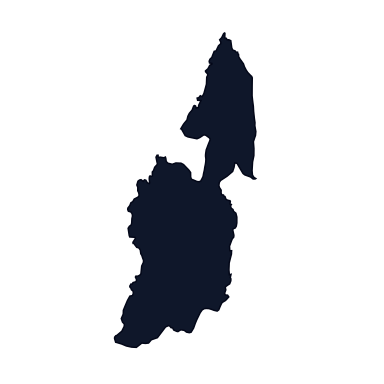 Lupatapata, Kasaï-Oriental, Democratic Republic of the Congo (Equal Earth projection), rotated 188°
{"feature_id": "63176286B66669834222633", "entity_name": "Lupatapata", "entity_type": "district", "adm_level": 2, "iso_a3": "COD", "parent_name": "Democratic Republic of the Congo", "parent_adm1": "Kasaï-Oriental", "projection": "equal_earth", "projection_center": [23.576, -6.023], "detail": "fine", "context": "isolated", "style": "filled", "palette": "ink", "viewbox_px": 384, "rotation_deg": 188, "n_neighbors": 0, "source": "geoboundaries", "source_scale": "gbopen_adm2", "svg_char_len": 4625}
<svg xmlns="http://www.w3.org/2000/svg" viewBox="0 0 384 384"><g transform="rotate(188 192 192)"><path d="M141.0,93.2L142.4,94.8L144.7,94.6L145.6,96.3L144.9,99.8L145.8,102.2L145.2,103.3L143.4,105.0L141.9,106.3L141.2,109.4L141.4,111.4L142.2,112.6L141.9,115.9L143.5,115.2L144.6,120.0L145.3,126.9L144.3,136.1L144.5,137.8L144.6,139.4L146.4,139.2L147.3,143.6L146.2,148.7L145.7,150.9L144.8,152.5L144.4,153.1L144.5,155.0L146.3,159.9L146.2,161.2L144.2,162.4L143.4,164.3L143.3,167.6L144.1,173.4L145.6,177.1L148.1,178.6L149.0,180.4L150.9,181.4L151.9,183.5L151.3,185.1L152.8,185.5L152.7,187.9L153.2,188.7L153.5,188.7L154.0,188.7L155.8,188.9L157.4,189.6L158.7,192.1L159.7,192.3L160.4,193.4L162.2,193.4L163.1,195.3L163.4,197.9L165.5,200.3L166.3,202.2L166.3,205.3L165.3,207.4L159.5,212.5L154.6,218.0L153.8,222.3L153.7,226.7L152.2,226.7L151.4,226.7L149.8,224.6L149.0,223.6L148.2,222.6L147.4,221.6L146.6,220.6L145.8,219.6L145.0,218.6L144.2,217.6L143.5,217.1L142.8,216.7L142.1,216.3L136.0,215.0L134.2,213.9L133.3,213.4L131.3,213.7L130.7,214.2L132.7,215.1L134.5,217.2L135.5,221.5L136.2,230.2L135.8,236.6L136.7,243.6L138.2,250.4L137.3,255.5L137.0,256.7L137.2,260.8L137.8,262.6L139.0,266.4L139.3,269.5L140.5,273.6L142.2,280.4L143.2,285.5L143.6,286.9L144.8,291.3L145.9,295.7L147.2,305.3L148.2,313.4L149.0,314.8L149.4,315.0L150.9,316.1L153.4,318.1L155.3,320.2L157.5,323.3L158.9,326.1L163.0,330.4L164.6,332.4L165.1,334.9L165.8,335.2L166.3,336.8L168.1,336.6L168.9,337.7L171.5,338.3L172.7,340.3L174.2,345.6L174.7,347.3L176.0,347.6L176.4,347.4L176.7,347.9L177.5,347.7L178.3,347.6L179.5,349.0L181.0,349.2L181.5,353.8L182.0,354.0L182.8,353.0L184.1,348.9L185.8,346.6L184.3,344.4L184.2,342.8L186.1,340.5L187.8,335.1L189.6,334.4L190.7,329.8L191.1,328.0L192.7,326.0L193.2,323.9L192.6,322.2L190.2,322.1L190.1,321.4L192.1,319.9L192.5,318.6L193.4,316.2L195.5,313.8L195.3,313.0L193.0,311.1L192.7,309.8L193.4,307.8L192.7,300.8L193.2,296.7L193.9,291.3L194.6,289.3L194.9,288.5L195.2,287.9L197.2,288.5L198.3,286.5L200.0,285.7L199.2,283.6L195.8,283.9L197.4,279.0L197.5,276.5L199.6,275.8L199.7,276.1L200.5,277.7L201.5,278.0L202.0,277.6L202.3,277.4L203.3,273.1L205.6,269.5L206.6,266.5L207.0,262.6L209.1,259.2L209.7,258.1L209.8,258.0L211.9,253.0L211.1,252.8L206.6,246.9L203.7,246.0L194.5,245.4L192.0,246.9L188.3,250.2L187.1,250.2L186.2,250.1L182.3,248.0L181.5,247.1L181.4,245.9L181.7,244.5L182.2,242.6L182.7,240.5L183.2,238.2L183.8,235.6L183.8,231.3L183.6,229.4L182.8,226.4L182.6,223.7L182.6,221.3L182.8,218.1L182.8,215.4L183.1,212.0L183.2,208.9L184.0,206.4L184.9,204.0L186.4,203.2L187.3,203.1L188.0,203.1L188.7,203.1L190.4,203.6L192.3,204.1L194.4,204.6L195.4,206.7L196.1,211.1L198.1,213.2L204.2,218.0L206.9,219.0L208.7,218.8L212.0,218.5L215.4,216.7L220.0,217.2L221.8,218.7L222.6,221.6L223.2,222.9L224.3,222.2L224.7,222.0L228.6,222.1L229.6,221.5L230.0,221.7L230.4,222.0L230.7,223.7L231.7,223.6L232.5,221.5L230.1,214.7L232.4,211.3L233.1,207.8L234.1,206.3L234.0,205.8L233.5,202.4L234.2,201.8L235.8,202.1L236.3,201.1L236.2,199.1L235.2,195.1L235.4,194.6L235.4,194.4L237.5,194.9L239.4,197.3L240.8,197.4L241.9,195.7L243.3,196.6L244.2,197.1L245.6,196.6L247.0,195.2L247.5,191.8L247.6,191.3L246.3,189.0L245.9,185.7L244.7,183.9L243.9,181.5L244.1,180.6L244.8,179.4L248.2,177.0L249.3,174.2L251.0,172.8L251.7,169.9L253.3,167.1L253.2,165.6L253.1,165.4L252.3,164.1L251.7,164.0L249.9,163.8L248.3,162.2L247.6,160.0L247.8,157.4L247.4,152.8L247.5,151.9L247.7,150.8L249.2,149.4L250.2,147.2L248.5,141.5L248.2,140.4L247.4,138.8L242.1,139.2L241.6,138.1L243.5,134.0L243.2,133.0L242.7,133.2L239.0,129.5L237.0,129.3L235.2,127.5L234.4,124.8L234.1,123.7L232.9,122.3L231.6,119.6L230.5,117.6L230.3,115.6L231.5,111.7L231.2,103.9L232.0,102.5L233.2,101.6L234.0,101.1L235.7,100.9L235.8,100.9L236.2,99.9L234.8,97.7L234.7,96.4L235.1,95.3L237.8,94.1L238.5,92.3L239.6,92.4L240.5,90.2L240.3,89.3L238.7,87.8L238.5,87.4L238.5,86.9L236.5,85.6L236.0,83.5L236.5,81.2L237.7,80.7L239.0,80.3L240.8,75.6L242.3,70.0L243.5,65.3L243.1,61.5L244.4,56.8L242.7,53.5L240.7,51.9L240.4,49.6L242.1,44.4L246.5,39.5L247.2,39.2L247.4,39.1L247.8,38.5L248.4,37.5L248.3,36.1L246.7,32.6L245.7,32.5L240.5,31.7L235.6,30.4L230.4,30.0L227.7,30.2L225.5,30.4L222.3,33.7L220.7,35.4L216.9,35.6L214.0,36.4L211.7,40.0L207.2,42.3L206.0,42.9L199.4,54.7L196.7,56.4L195.4,56.2L193.8,54.7L192.3,54.8L190.9,52.8L187.9,51.9L186.5,51.8L183.9,54.0L180.4,53.9L178.0,52.5L175.1,52.3L173.4,53.0L171.5,57.4L170.5,62.3L169.5,66.2L167.1,73.6L165.5,76.7L163.6,78.2L161.6,78.7L159.1,78.9L156.4,78.5L153.7,77.9L150.5,77.6L149.1,79.0L148.3,82.2L147.5,84.9L146.8,86.7L143.7,89.3L142.8,90.5L141.0,93.2Z" fill="#0f172a" stroke="#020617" stroke-width="1.5"/></g></svg>